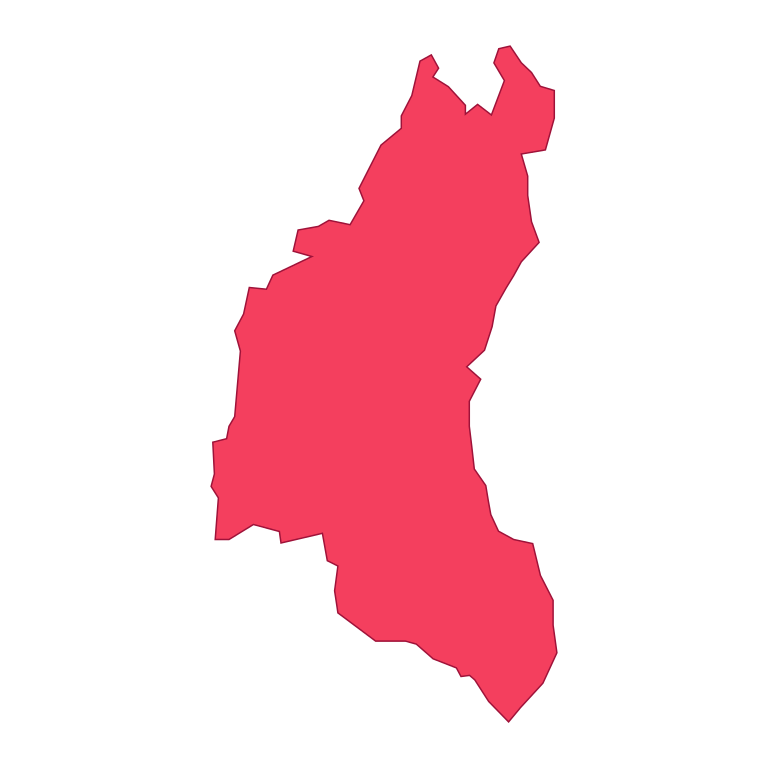 the district of Alevga, Nicosia, Cyprus
{"feature_id": "46923920B64835616919063", "entity_name": "Alevga", "entity_type": "district", "adm_level": 2, "iso_a3": "CYP", "parent_name": "Cyprus", "parent_adm1": "Nicosia", "projection": "equal_earth", "projection_center": [32.609, 35.152], "detail": "fine", "context": "isolated", "style": "filled", "palette": "rose", "viewbox_px": 768, "rotation_deg": 0, "n_neighbors": 0, "source": "geoboundaries", "source_scale": "gbopen_adm2", "svg_char_len": 1270}
<svg xmlns="http://www.w3.org/2000/svg" viewBox="0 0 768 768"><path d="M519.9,708.3L520.0,708.1L542.9,683.2L556.9,652.8L553.1,625.2L553.1,600.3L540.4,575.4L532.7,543.6L513.7,539.5L498.5,531.2L490.8,514.6L488.3,500.8L485.8,485.6L474.3,469.0L471.8,446.9L469.3,426.2L469.3,401.3L480.7,379.2L466.7,366.8L484.5,350.2L492.1,326.7L495.9,306.0L506.1,288.0L513.7,275.6L521.3,261.8L539.1,242.4L531.5,221.7L527.7,195.4L527.7,176.1L521.3,154.0L545.4,149.9L554.3,118.1L554.3,90.5L540.3,86.3L531.5,72.5L521.3,62.8L510.1,46.1L498.8,48.7L493.9,62.9L504.4,80.6L491.4,115.0L477.6,104.4L465.4,114.2L465.4,105.3L448.4,86.7L432.9,77.0L438.6,68.2L431.3,54.9L420.0,61.1L411.8,95.6L401.3,115.9L401.3,128.3L381.0,145.1L359.0,188.4L363.9,200.8L350.1,224.7L329.0,220.3L318.4,226.4L298.1,230.0L293.2,251.2L311.9,256.5L272.9,275.1L266.4,289.2L249.3,287.5L243.6,314.0L234.7,330.8L240.4,351.1L234.7,416.6L229.0,426.3L226.6,438.7L212.8,442.2L214.4,474.0L211.1,486.4L218.4,497.9L215.2,539.5L229.0,539.5L253.4,524.5L279.4,531.5L281.0,543.0L322.4,533.3L327.3,560.7L337.9,566.0L334.6,590.8L336.8,605.3L337.9,612.9L375.6,641.1L405.4,641.1L416.3,644.1L433.1,658.8L456.4,667.9L461.0,676.5L469.6,675.4L474.8,679.9L488.7,701.5L508.6,721.9L519.9,708.3Z" fill="#f43f5e" stroke="#9f1239" stroke-width="1.5"/></svg>